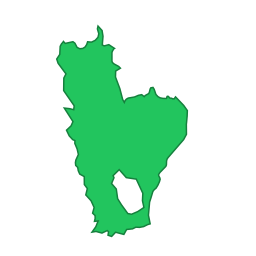 SVG path tracing the border of Gyor-Moson-Sopron, rotated 82°
{"feature_id": "HUN-3156", "entity_name": "Gyor-Moson-Sopron", "entity_type": "County", "adm_level": 1, "iso_a3": "HUN", "parent_name": "Hungary", "parent_adm1": "", "projection": "equal_earth", "projection_center": [17.255, 47.709], "detail": "fine", "context": "isolated", "style": "filled", "palette": "green", "viewbox_px": 256, "rotation_deg": 82, "n_neighbors": 0, "source": "natural_earth", "source_scale": "10m", "svg_char_len": 2036}
<svg xmlns="http://www.w3.org/2000/svg" viewBox="0 0 256 256"><g transform="rotate(82 128 128)"><path d="M75.8,133.3L87.9,130.6L99.1,129.3L102.2,128.1L100.5,127.1L99.2,125.6L98.4,123.6L98.2,117.2L97.1,113.2L96.9,109.8L99.2,107.6L98.2,106.4L96.8,102.7L95.6,101.9L92.4,100.6L91.4,99.8L91.3,97.6L93.3,96.7L98.6,95.7L101.1,94.0L102.6,92.0L103.5,89.4L104.1,86.0L103.8,85.6L103.0,85.3L102.2,84.9L102.1,84.1L102.5,83.5L103.9,82.7L104.2,82.4L104.6,80.7L105.4,79.5L105.5,78.2L103.8,76.6L113.4,69.7L119.0,66.8L124.5,67.8L130.9,69.3L132.4,69.7L142.4,71.0L147.2,74.5L163.0,92.6L164.5,93.8L166.0,94.4L169.9,95.1L171.3,95.9L176.5,102.6L178.4,104.2L179.9,104.2L181.5,103.5L183.2,103.3L185.5,104.3L188.7,106.3L191.5,108.6L192.7,110.6L194.3,112.2L200.8,115.2L204.3,116.9L217.2,119.9L226.0,119.4L226.4,122.0L227.8,126.2L228.0,130.5L227.3,134.0L228.5,137.5L228.3,143.5L232.8,146.9L229.5,154.8L233.1,159.3L231.4,162.7L228.0,161.7L226.7,162.9L228.4,168.4L226.0,174.1L226.1,178.1L221.3,173.6L215.9,170.5L215.8,174.2L213.0,173.1L210.1,172.8L207.4,174.9L202.0,172.6L194.9,174.7L188.4,179.1L182.3,176.7L177.9,179.1L170.0,178.1L166.9,182.2L163.4,183.2L160.0,183.3L157.8,185.0L155.0,184.9L152.5,184.1L147.3,180.8L141.6,181.3L135.9,182.8L133.1,182.3L131.8,184.4L127.6,187.3L121.6,189.2L118.0,184.1L114.0,181.6L99.4,188.3L100.7,183.2L102.3,179.2L98.5,178.2L82.0,186.5L69.6,184.6L65.8,181.9L54.2,188.2L49.8,189.0L45.6,185.3L37.7,183.8L35.6,182.3L33.7,180.2L33.3,179.9L35.5,178.4L34.9,170.5L36.6,168.8L41.1,167.2L42.8,164.7L42.9,161.6L41.8,159.2L39.6,157.3L37.0,156.0L37.9,152.2L36.6,148.2L34.0,145.1L30.6,143.8L25.6,144.5L22.9,143.5L27.9,140.1L33.7,140.0L42.2,141.9L43.4,140.1L42.8,135.4L47.3,130.3L47.6,131.0L49.4,132.5L51.0,133.4L59.6,134.6L61.0,134.3L62.7,132.8L65.7,128.7L67.7,127.2L69.9,132.3L75.8,133.3ZM202.0,123.8L194.7,122.4L179.8,126.9L176.9,136.6L168.0,142.5L173.1,149.4L175.3,148.8L180.7,152.0L186.8,148.1L196.6,148.1L203.1,145.2L212.7,140.1L213.9,136.5L212.1,129.9L208.9,123.3L202.0,123.8Z" fill="#22c55e" stroke="#15803d" stroke-width="1.5"/></g></svg>